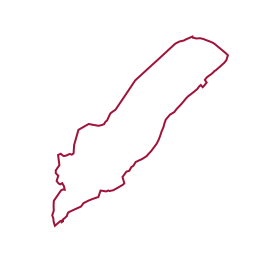 Maiha, Adamawa, Nigeria (Natural Earth projection), rotated 223°
{"feature_id": "59680162B24409102010221", "entity_name": "Maiha", "entity_type": "district", "adm_level": 2, "iso_a3": "NGA", "parent_name": "Nigeria", "parent_adm1": "Adamawa", "projection": "natural_earth1", "projection_center": [13.146, 9.868], "detail": "fine", "context": "isolated", "style": "outline", "palette": "rose", "viewbox_px": 256, "rotation_deg": 223, "n_neighbors": 0, "source": "geoboundaries", "source_scale": "gbopen_adm2", "svg_char_len": 1867}
<svg xmlns="http://www.w3.org/2000/svg" viewBox="0 0 256 256"><g transform="rotate(223 128 128)"><path d="M114.8,6.6L114.3,10.8L114.0,13.7L113.5,14.7L112.3,13.9L111.9,15.4L113.2,16.8L112.8,19.6L112.7,22.1L113.6,23.7L114.1,25.6L113.3,27.7L112.5,29.6L111.5,32.1L108.8,38.5L109.3,42.8L109.0,43.5L107.3,48.1L105.3,52.4L102.6,57.3L105.4,63.5L103.2,65.1L100.8,66.6L99.8,68.8L98.5,69.3L97.5,70.8L96.4,72.3L95.1,76.2L94.6,77.8L94.0,79.7L93.9,80.2L93.0,83.2L93.0,85.1L98.6,88.4L99.4,94.9L97.9,97.7L98.9,101.7L98.3,104.0L99.2,108.4L96.4,115.3L95.9,117.5L95.2,119.9L95.3,121.3L95.3,126.8L96.3,135.8L96.5,136.6L97.6,140.4L99.0,143.9L101.0,148.2L102.7,152.9L104.4,156.0L106.1,159.9L106.4,166.5L105.0,171.2L105.4,174.7L105.3,182.1L105.7,188.7L105.7,191.7L105.7,191.9L104.6,198.5L103.9,203.9L104.3,206.7L104.1,209.0L101.2,208.8L101.2,211.5L101.5,214.9L104.6,215.6L104.9,218.3L104.6,220.7L103.9,223.8L103.6,226.5L103.6,227.7L103.6,228.9L103.2,229.8L102.7,234.4L102.4,237.4L102.1,241.3L102.3,244.6L104.5,249.3L107.3,249.4L114.6,249.0L116.2,248.9L121.4,248.6L123.3,248.4L126.4,247.4L130.0,245.9L133.8,244.4L135.0,243.7L136.5,242.8L138.4,240.8L139.2,240.0L142.1,238.3L143.2,238.9L146.4,231.5L146.6,230.4L149.2,226.6L150.5,223.3L151.0,221.5L152.8,197.4L153.3,191.8L155.2,167.7L152.5,151.2L150.5,138.5L149.6,132.8L150.4,129.4L150.8,126.5L148.5,119.4L148.7,117.0L148.5,115.8L148.1,114.5L148.9,112.9L149.5,111.8L149.8,111.3L151.1,109.5L157.1,105.6L159.5,104.1L163.0,92.9L155.9,79.0L150.5,72.3L150.9,70.2L153.0,69.2L154.4,65.7L155.8,63.7L157.2,63.4L159.6,63.3L160.2,62.0L160.7,60.5L152.8,54.0L152.7,53.0L151.9,47.7L150.0,45.7L146.4,45.5L144.1,40.6L141.1,40.1L139.2,40.5L138.5,42.8L135.3,41.8L132.2,39.7L133.2,39.0L133.9,38.3L134.4,36.4L133.0,27.1L132.6,24.2L129.6,20.6L125.9,16.9L123.9,12.5L120.9,10.9L119.0,9.2L117.9,8.4L114.8,6.6Z" fill="none" stroke="#9f1239" stroke-width="2"/></g></svg>